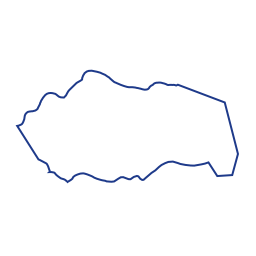 the district of Obrier, Laborie, Saint Lucia, rotated 272°
{"feature_id": "8701671B40447391578275", "entity_name": "Obrier", "entity_type": "district", "adm_level": 2, "iso_a3": "LCA", "parent_name": "Saint Lucia", "parent_adm1": "Laborie", "projection": "natural_earth1", "projection_center": [-60.973, 13.769], "detail": "fine", "context": "isolated", "style": "outline", "palette": "blue", "viewbox_px": 256, "rotation_deg": 272, "n_neighbors": 0, "source": "geoboundaries", "source_scale": "gbopen_adm2", "svg_char_len": 2852}
<svg xmlns="http://www.w3.org/2000/svg" viewBox="0 0 256 256"><g transform="rotate(272 128 128)"><path d="M83.1,218.9L84.6,233.8L105.9,238.8L110.7,237.4L156.9,223.8L173.0,176.3L172.6,175.6L172.2,174.8L172.3,174.1L172.6,173.3L172.7,172.1L172.6,171.0L172.6,170.1L172.6,169.2L172.6,168.5L172.5,167.8L172.4,167.0L172.4,166.4L172.6,165.6L172.9,165.0L173.2,164.3L173.6,163.1L173.9,161.9L174.0,161.2L174.2,160.5L174.4,159.6L174.5,158.8L174.5,158.4L174.5,157.4L174.4,156.7L174.3,156.2L174.3,155.5L174.2,154.6L174.0,154.1L173.7,153.2L173.2,152.4L172.6,151.8L172.0,151.3L171.5,150.4L171.2,149.8L170.6,149.1L169.8,148.3L169.2,147.9L168.5,147.5L168.2,147.2L167.6,146.6L167.3,145.9L167.1,145.3L167.0,144.4L166.9,143.9L166.9,143.0L167.0,142.4L167.2,141.2L167.4,140.4L167.7,139.3L167.9,138.2L168.2,136.8L168.3,136.1L168.4,135.2L168.7,133.8L168.8,132.4L168.9,131.5L168.9,130.5L168.9,129.4L168.8,128.4L168.8,127.5L169.0,125.9L169.1,125.4L169.5,123.8L169.9,122.3L170.9,119.2L172.7,114.6L172.9,114.2L173.2,113.2L173.5,112.7L173.8,112.1L174.1,111.8L174.5,111.3L175.0,110.6L175.4,110.2L176.0,109.4L176.6,108.7L176.9,108.3L177.8,107.4L178.8,105.6L180.3,103.3L181.5,100.2L182.3,98.4L183.1,95.1L184.0,89.7L183.7,86.7L183.0,84.8L181.3,82.7L180.3,82.2L179.0,81.4L176.4,80.5L174.8,80.4L173.7,79.0L172.1,76.4L171.2,75.0L166.1,70.1L164.0,68.1L162.6,67.0L160.7,66.0L158.4,64.9L156.2,62.9L156.3,59.8L156.9,57.9L157.9,56.5L159.0,55.1L159.6,54.1L160.2,51.3L160.3,49.3L160.0,47.4L159.3,45.7L158.0,44.1L155.4,42.1L152.8,40.6L151.9,40.1L150.8,39.8L149.8,39.3L148.7,39.1L145.8,37.7L143.9,36.9L142.9,35.8L142.2,34.7L141.4,32.0L141.4,31.5L141.0,28.9L140.6,27.4L139.7,26.2L138.2,25.0L136.9,24.5L136.5,24.4L134.8,24.2L133.1,24.0L132.0,23.6L130.7,23.2L129.0,22.4L128.1,21.7L127.6,20.9L126.6,18.8L126.2,17.2L93.5,39.6L92.8,41.3L92.2,42.5L91.5,44.0L90.7,45.6L90.0,47.1L89.5,47.9L89.0,48.3L88.0,48.9L86.9,49.5L85.3,50.1L83.7,50.7L82.6,51.2L82.1,51.2L81.3,51.2L81.2,51.1L81.3,52.8L81.1,54.4L80.9,55.6L80.5,56.3L79.9,56.8L78.7,57.9L77.5,59.4L76.0,61.6L75.3,62.8L75.0,63.9L74.6,65.5L74.2,66.5L73.7,67.4L72.9,68.3L72.4,69.1L72.2,69.4L72.0,69.5L72.6,70.4L73.3,71.5L74.1,72.7L75.3,74.1L75.9,74.4L76.9,74.9L77.3,75.2L77.8,75.8L78.6,76.8L79.1,77.8L79.5,78.6L80.0,79.8L80.6,81.5L80.8,82.2L81.0,83.8L81.1,85.2L80.8,86.7L80.4,88.2L80.1,89.2L79.5,90.9L79.0,92.3L78.5,93.6L77.9,94.8L77.2,96.0L76.9,96.8L76.7,97.4L76.3,98.4L76.0,99.5L75.4,101.7L75.0,103.4L74.8,104.5L74.5,106.7L74.4,107.2L73.9,108.5L73.7,113.4L74.1,116.0L77.0,120.1L78.5,122.5L78.7,124.9L77.6,128.2L76.9,130.3L76.9,132.3L79.3,135.5L80.4,138.6L80.0,140.1L77.7,142.0L76.6,144.0L76.8,145.4L78.9,147.6L82.4,151.4L83.9,153.0L86.6,156.8L90.1,160.3L92.2,162.8L94.2,166.4L95.5,169.5L96.0,174.0L94.7,179.1L93.9,181.5L93.1,186.7L92.7,192.0L92.7,195.5L94.2,202.6L95.1,206.1L96.4,209.6L83.1,218.9Z" fill="none" stroke="#1e3a8a" stroke-width="2"/></g></svg>